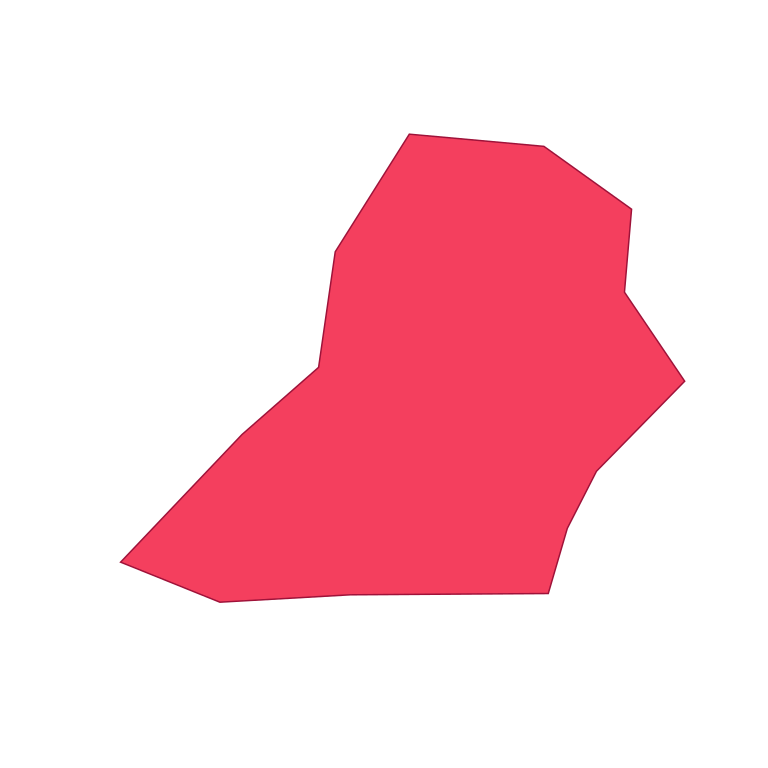 an SVG outline of Tarxien, rotated 348°
{"feature_id": "MLT-5960", "entity_name": "Tarxien", "entity_type": "state/province", "adm_level": 1, "iso_a3": "MLT", "parent_name": "Malta", "parent_adm1": "", "projection": "mercator", "projection_center": [14.508, 35.862], "detail": "fine", "context": "isolated", "style": "filled", "palette": "rose", "viewbox_px": 768, "rotation_deg": 348, "n_neighbors": 0, "source": "natural_earth", "source_scale": "10m", "svg_char_len": 350}
<svg xmlns="http://www.w3.org/2000/svg" viewBox="0 0 768 768"><g transform="rotate(348 384 384)"><path d="M678.7,443.8L573.7,513.5L533.3,563.3L501.1,623.1L307.3,583.2L178.1,563.3L89.3,503.5L234.6,403.9L323.5,354.1L363.8,244.5L460.7,144.9L589.8,184.8L662.5,264.5L638.3,344.2L678.7,443.8Z" fill="#f43f5e" stroke="#9f1239" stroke-width="1.5"/></g></svg>